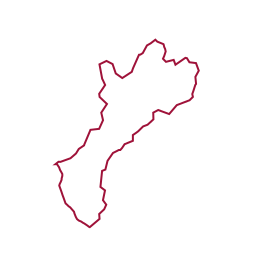 Etim Ekpo, Akwa Ibom, Nigeria (Albers equal-area conic projection), rotated 332°
{"feature_id": "59680162B44584437839531", "entity_name": "Etim Ekpo", "entity_type": "district", "adm_level": 2, "iso_a3": "NGA", "parent_name": "Nigeria", "parent_adm1": "Akwa Ibom", "projection": "albers", "projection_center": [7.577, 4.957], "detail": "fine", "context": "isolated", "style": "outline", "palette": "rose", "viewbox_px": 256, "rotation_deg": 332, "n_neighbors": 0, "source": "geoboundaries", "source_scale": "gbopen_adm2", "svg_char_len": 1504}
<svg xmlns="http://www.w3.org/2000/svg" viewBox="0 0 256 256"><g transform="rotate(332 128 128)"><path d="M132.7,58.4L128.3,72.4L128.3,74.0L128.0,79.3L118.6,84.3L117.5,87.3L120.7,96.9L111.6,101.9L109.6,109.4L102.1,115.2L94.0,112.0L93.9,112.1L81.5,122.2L81.1,122.7L74.7,123.4L70.1,126.1L63.0,127.7L52.5,126.2L50.8,125.2L47.0,125.9L48.3,126.5L48.7,130.4L48.3,133.0L48.4,136.0L48.4,137.8L47.5,139.5L45.8,141.3L45.0,142.6L42.8,144.4L41.6,145.2L40.3,146.5L40.2,146.9L39.3,153.1L38.7,156.6L38.3,159.6L37.5,165.0L37.5,165.3L38.3,167.5L38.8,169.2L39.7,170.9L40.1,172.7L40.3,173.6L40.6,174.8L41.0,176.6L40.6,178.3L40.2,181.8L40.2,184.4L41.1,186.6L42.8,188.7L43.7,190.5L44.6,191.8L45.5,193.5L46.4,195.2L47.2,197.0L47.7,197.6L60.2,194.9L62.2,190.4L68.8,188.6L72.8,185.5L72.0,180.0L78.4,172.3L76.0,167.1L85.0,153.7L88.5,154.1L94.5,147.4L103.0,143.0L107.3,143.1L109.6,143.1L110.9,143.8L113.3,142.9L117.4,140.7L126.3,141.6L129.0,136.5L132.7,136.1L135.4,135.7L142.1,133.7L146.8,134.3L154.5,132.3L157.5,126.3L163.1,126.3L170.9,135.0L181.8,130.7L195.4,132.4L199.9,131.0L200.7,128.2L203.1,126.0L207.6,121.6L208.8,121.0L211.5,114.5L217.4,110.6L218.5,102.6L213.1,98.8L212.8,94.0L211.6,93.0L199.6,94.4L200.3,89.3L192.6,87.4L191.4,83.3L193.8,81.4L197.2,78.1L197.9,75.6L198.0,73.6L198.7,70.8L198.5,70.4L194.4,65.5L193.6,62.9L187.7,63.9L183.5,64.0L176.2,68.8L173.3,69.0L172.1,68.5L161.9,76.5L160.4,77.7L157.7,80.2L146.4,81.2L142.8,74.1L144.4,64.3L140.5,58.7L132.7,58.4Z" fill="none" stroke="#9f1239" stroke-width="2"/></g></svg>